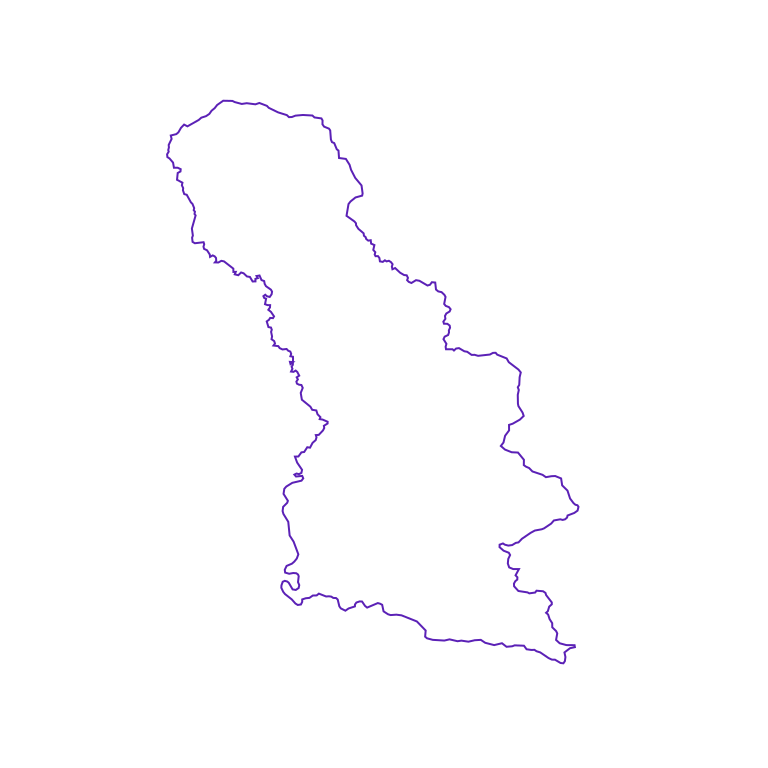 Cacequi, Rio Grande do Sul, Brazil (Equal Earth projection), rotated 258°
{"feature_id": "56859067B8570648201851", "entity_name": "Cacequi", "entity_type": "district", "adm_level": 2, "iso_a3": "BRA", "parent_name": "Brazil", "parent_adm1": "Rio Grande do Sul", "projection": "equal_earth", "projection_center": [-54.818, -29.936], "detail": "fine", "context": "isolated", "style": "outline", "palette": "violet", "viewbox_px": 768, "rotation_deg": 258, "n_neighbors": 0, "source": "geoboundaries", "source_scale": "gbopen_adm2", "svg_char_len": 6146}
<svg xmlns="http://www.w3.org/2000/svg" viewBox="0 0 768 768"><g transform="rotate(258 384 384)"><path d="M74.4,498.7L73.5,501.4L75.3,503.3L79.2,504.7L83.9,504.7L86.9,511.0L86.9,516.0L88.9,516.1L90.7,508.1L93.9,501.9L97.9,499.1L104.0,501.6L106.5,501.0L111.0,498.0L115.1,498.8L119.6,497.1L124.4,496.6L126.5,495.0L127.7,497.0L131.9,499.3L133.6,502.3L135.5,502.7L143.8,498.7L146.1,498.5L148.2,496.5L150.1,490.2L148.6,488.5L149.0,482.6L150.3,481.1L153.6,472.4L159.1,469.2L161.7,469.6L163.8,471.4L165.0,473.7L167.2,474.3L169.5,472.9L174.9,477.5L176.1,471.9L178.6,468.3L182.7,467.8L187.1,469.2L190.5,471.8L193.0,471.0L196.1,466.3L200.4,463.1L202.8,463.7L203.3,467.2L201.7,468.8L200.1,472.0L199.8,475.9L201.2,479.9L201.1,482.6L203.9,486.7L207.9,496.4L209.3,501.1L209.1,508.1L209.5,510.5L212.7,518.5L215.2,521.8L215.0,528.3L213.9,530.5L214.0,533.0L215.3,535.3L217.2,536.2L218.3,543.3L219.9,547.0L223.4,548.7L225.2,548.0L226.1,546.1L228.1,544.6L233.3,542.2L241.6,541.3L247.8,537.2L254.8,537.6L258.4,532.3L259.0,528.6L259.2,523.0L262.2,520.2L267.6,511.0L271.6,508.5L273.7,505.6L275.6,503.9L280.8,505.1L289.1,500.8L290.7,494.7L294.7,488.7L299.1,485.4L301.9,488.7L308.2,491.7L312.6,496.7L318.0,497.8L318.4,501.6L320.9,509.5L323.7,514.0L327.2,513.6L334.4,510.9L336.8,510.9L345.6,512.6L350.1,514.6L353.0,514.2L355.0,516.1L362.5,518.1L366.9,520.2L370.2,518.5L379.4,510.6L383.5,509.3L389.2,500.8L391.3,499.7L391.8,497.1L390.8,493.7L392.0,481.9L393.7,478.7L394.3,475.7L398.2,472.1L399.3,469.4L403.5,464.8L403.7,461.9L402.2,459.4L403.7,458.3L405.1,451.9L407.6,452.0L410.3,453.4L415.5,451.5L417.7,453.2L418.6,456.9L420.9,458.3L423.0,458.6L425.3,460.3L427.5,460.4L429.7,458.5L430.5,455.2L432.6,455.0L435.0,457.6L437.9,457.8L440.0,459.6L441.3,463.3L443.3,464.7L445.7,463.5L447.6,460.6L449.8,459.5L456.4,462.3L458.7,461.6L461.9,459.4L463.3,456.3L465.6,454.5L472.6,455.2L473.6,452.0L471.5,449.6L471.3,447.0L477.6,440.1L478.9,436.9L477.1,431.8L478.8,429.4L480.8,428.2L482.8,429.5L485.6,428.8L486.4,426.3L489.5,422.9L495.1,419.0L494.5,416.1L497.2,416.1L499.4,417.3L501.7,416.2L503.5,414.4L503.4,412.0L504.8,410.6L503.7,408.2L504.8,405.5L508.2,405.7L510.3,404.7L510.8,402.3L512.6,401.8L514.7,402.9L517.4,401.4L521.9,403.5L524.0,400.6L527.4,400.9L527.5,398.4L529.6,396.7L531.4,396.6L533.2,395.2L535.6,395.4L541.1,391.2L545.1,389.7L547.0,390.0L549.1,388.9L556.3,382.3L567.4,386.7L569.5,389.2L572.4,394.9L572.8,401.8L574.8,402.7L582.9,403.3L591.6,398.7L600.4,396.3L605.6,395.9L612.1,393.5L614.4,387.0L621.8,388.0L623.4,386.6L630.0,385.4L631.4,383.4L634.2,382.9L643.2,384.1L645.2,383.3L648.2,378.9L650.8,377.8L654.6,378.7L656.8,378.0L659.2,371.4L661.5,369.8L664.0,360.6L664.9,353.2L664.3,349.4L664.8,346.5L667.2,344.9L671.7,336.9L678.1,328.7L680.4,327.3L684.8,320.5L684.3,316.4L687.2,308.1L687.5,303.1L690.8,296.6L692.4,294.6L694.5,285.6L691.6,278.8L689.0,275.7L687.2,272.2L684.5,269.3L683.0,265.6L682.5,260.7L680.8,257.7L676.9,245.3L679.3,242.4L676.8,238.7L672.9,235.2L671.6,232.8L671.4,227.1L667.9,227.2L662.6,223.1L660.1,222.8L657.7,221.6L656.0,221.7L653.8,219.6L651.0,219.3L649.2,221.1L644.4,223.7L639.2,223.5L638.4,227.2L636.4,229.8L634.2,229.1L633.3,226.1L626.8,224.0L622.8,228.7L620.4,227.6L617.3,228.3L615.4,227.6L611.3,228.1L610.1,230.4L601.8,232.9L600.0,234.1L595.5,234.9L593.6,234.0L591.9,234.9L589.7,234.0L588.1,234.8L576.0,228.4L568.9,227.9L567.0,226.7L562.8,226.3L561.0,228.3L560.2,237.0L558.1,237.2L555.9,236.0L553.6,236.1L551.6,238.7L546.9,240.5L544.5,240.3L545.4,243.2L544.1,244.9L542.2,245.9L539.4,245.5L538.1,243.9L537.3,247.3L538.3,250.5L537.2,253.0L528.2,260.6L524.9,260.0L524.5,262.3L522.3,260.8L520.7,264.1L522.8,267.4L521.5,269.7L517.7,272.3L516.6,275.1L511.6,276.8L511.1,279.6L513.6,280.1L513.8,282.6L516.1,281.8L516.0,284.8L511.1,285.8L509.6,288.2L506.8,288.1L504.2,288.9L499.8,293.0L497.6,293.7L495.1,292.7L492.9,290.3L494.2,287.7L496.0,286.4L495.0,284.3L493.1,284.7L491.9,286.4L486.8,284.2L485.3,286.6L484.8,289.0L482.6,288.4L480.6,286.3L478.1,288.4L473.0,290.5L471.5,289.1L472.3,286.4L470.7,284.8L469.6,282.3L463.7,282.8L462.7,285.2L460.4,285.5L458.5,284.4L453.8,284.4L451.2,283.3L448.8,285.5L446.3,285.8L444.6,283.9L443.0,288.5L440.8,289.4L438.9,291.9L438.5,296.0L436.5,297.2L435.2,299.1L432.8,299.5L430.6,298.2L429.6,300.6L427.7,300.3L421.7,298.8L420.1,297.2L417.9,297.6L415.5,295.7L414.7,298.0L415.5,300.4L413.8,301.7L409.8,302.8L408.7,300.0L406.4,300.7L404.6,298.8L402.5,298.9L401.0,300.7L400.2,303.0L397.1,303.7L392.6,300.7L385.7,300.4L377.1,307.3L373.7,308.4L372.2,312.3L368.2,312.7L364.8,314.9L363.0,313.8L362.0,316.5L358.8,321.0L357.1,320.6L355.6,316.5L353.4,316.4L351.3,314.7L347.8,309.6L348.2,306.7L345.9,306.9L343.3,305.5L341.3,301.9L337.1,298.4L338.1,295.8L334.1,291.8L334.3,289.0L330.9,285.2L331.5,281.8L325.2,282.7L317.1,286.0L314.2,284.7L313.5,282.1L314.6,279.8L314.0,277.5L311.8,278.7L311.1,284.9L308.5,285.4L306.6,283.2L306.4,273.8L304.0,267.1L302.2,264.7L297.4,262.9L289.7,265.7L287.9,264.6L284.8,259.8L280.8,258.4L277.8,258.6L269.1,261.7L255.4,260.2L248.6,262.8L235.2,264.8L231.4,262.4L228.9,259.3L227.4,256.6L226.3,250.9L222.9,248.3L220.1,248.1L218.1,251.8L218.0,255.9L217.1,258.9L215.5,260.3L213.7,260.6L208.1,258.7L204.9,259.3L202.2,258.1L200.9,254.9L202.1,251.9L209.4,249.5L210.9,248.3L212.1,246.0L211.6,243.8L208.3,241.8L206.0,241.2L201.7,242.2L199.1,243.5L192.5,249.0L187.7,251.7L185.8,253.7L185.6,256.9L187.9,258.7L190.3,259.2L190.7,262.9L190.3,266.6L191.9,270.4L191.2,274.2L192.5,276.7L188.2,283.2L187.8,286.0L187.0,288.2L185.3,289.9L184.6,292.6L182.8,293.9L175.8,294.1L173.5,295.1L170.3,299.1L171.8,302.7L172.5,309.3L174.4,309.8L176.0,311.6L176.4,315.0L175.8,317.3L170.9,319.3L168.8,321.0L171.0,332.4L169.9,334.5L168.4,336.3L161.7,336.3L157.9,340.1L156.6,342.4L155.8,348.1L154.1,353.0L144.9,366.8L134.2,373.5L128.3,371.7L126.3,373.2L123.6,378.5L120.5,389.7L120.6,395.0L117.1,402.5L116.9,406.3L114.4,413.0L114.5,419.5L113.6,425.5L109.8,429.2L105.7,437.5L105.9,445.5L101.5,449.2L100.8,454.9L101.2,457.5L98.9,466.5L94.9,468.3L93.2,472.9L92.7,475.9L90.9,477.6L89.0,481.0L81.7,488.0L79.5,490.9L78.8,493.9L74.4,498.7ZM424.3,299.5L425.2,296.6L422.9,296.7L424.3,299.5Z" fill="none" stroke="#5b21b6" stroke-width="2"/></g></svg>